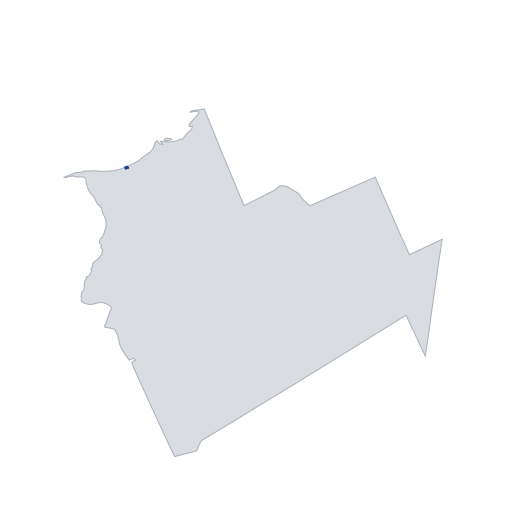 El Mina, Nouakchott, Mauritania shown in context, rotated 68°
{"feature_id": "47542326B34919448738513", "entity_name": "El Mina", "entity_type": "district", "adm_level": 2, "iso_a3": "MRT", "parent_name": "Mauritania", "parent_adm1": "Nouakchott", "projection": "orthographic", "projection_center": [-15.982, 18.027], "detail": "fine", "context": "in_parent", "style": "filled", "palette": "blue", "viewbox_px": 512, "rotation_deg": 68, "n_neighbors": 0, "source": "geoboundaries", "source_scale": "gbopen_adm2", "svg_char_len": 3604}
<svg xmlns="http://www.w3.org/2000/svg" viewBox="0 0 512 512"><g transform="rotate(68 256 256)"><path d="M227.9,433.2L227.3,433.0L224.4,431.0L222.9,428.6L220.6,426.8L217.4,425.7L215.3,424.3L214.3,422.8L213.1,421.7L211.9,421.2L211.8,420.7L212.1,419.9L211.7,418.4L209.8,415.3L208.1,413.8L206.6,414.1L205.7,413.7L205.2,413.0L205.0,412.0L204.0,411.1L202.2,410.7L200.8,408.4L199.7,404.0L198.2,400.7L196.5,398.3L195.3,397.4L194.4,397.2L194.1,396.8L193.8,396.1L192.5,395.9L190.7,396.6L189.0,396.4L188.1,395.2L187.0,395.2L185.6,396.2L184.0,395.9L182.2,394.3L181.2,392.8L181.0,391.3L178.0,388.3L172.1,383.7L165.7,381.6L158.8,382.0L154.9,381.8L154.1,381.1L153.2,381.1L152.4,382.0L151.5,382.1L150.5,381.7L149.9,382.0L149.7,383.2L147.3,383.8L142.7,383.9L138.9,384.6L136.1,386.0L132.1,386.6L126.9,386.4L123.7,385.9L122.7,385.1L121.2,384.9L119.2,385.3L117.5,387.6L116.0,391.7L114.7,394.0L113.7,394.6L112.6,397.6L112.0,402.8L111.1,405.0L111.1,392.2L112.6,387.5L113.1,383.3L116.3,374.1L120.1,366.5L123.6,356.5L124.9,346.8L124.5,337.2L123.5,328.7L121.7,323.1L120.0,315.0L117.5,310.8L113.0,307.0L112.0,304.8L113.0,304.0L115.8,303.5L117.6,300.6L113.8,301.7L118.2,292.8L119.5,286.7L119.3,282.7L120.2,280.2L116.9,274.9L114.3,268.2L113.0,267.1L111.7,266.5L111.5,268.1L110.8,269.5L109.2,268.7L106.4,263.8L102.5,255.8L101.2,255.0L100.0,256.1L99.3,257.1L97.9,263.7L97.5,261.1L98.1,258.0L99.1,254.2L100.2,248.9L103.6,248.9L109.7,248.9L121.8,248.9L127.9,248.9L140.1,248.9L146.1,248.9L158.3,248.8L164.3,248.7L176.5,248.6L182.6,248.5L194.7,248.4L200.8,248.3L204.8,248.2L204.5,244.4L204.2,241.4L203.9,237.4L203.6,233.4L203.2,229.4L202.9,225.7L202.6,221.9L202.3,218.5L202.1,215.3L201.7,213.4L200.4,209.8L200.0,208.0L200.4,206.1L201.2,204.3L203.4,201.0L206.9,198.4L210.9,195.4L214.0,193.1L215.6,192.5L220.4,191.7L224.2,189.9L227.9,188.2L229.4,187.2L229.5,184.2L227.5,115.9L245.6,115.5L250.3,115.3L283.5,114.3L288.2,114.2L312.3,113.3L312.1,110.1L311.9,105.5L311.5,99.2L311.1,92.8L310.5,81.7L310.2,77.1L315.1,80.0L324.9,85.8L329.8,88.7L339.7,94.5L349.6,100.2L359.5,106.0L364.4,108.8L369.4,111.7L374.4,114.6L379.3,117.4L389.3,123.1L393.5,125.5L399.9,129.3L405.9,132.9L412.0,136.5L403.1,137.1L391.3,137.7L383.2,138.2L374.9,138.7L367.1,139.1L368.2,145.4L369.4,152.4L370.6,159.4L371.8,166.4L373.0,173.4L376.6,194.3L377.8,201.3L379.0,208.3L380.2,215.3L381.4,222.3L383.8,236.3L385.0,243.3L386.1,250.3L387.3,257.3L388.5,264.4L389.7,271.4L392.0,285.4L393.2,292.4L394.3,299.4L395.5,306.4L396.6,313.5L397.8,320.5L398.9,327.5L400.1,334.5L402.4,348.5L403.5,355.6L404.6,362.6L405.8,369.6L406.9,376.4L410.2,379.8L414.5,384.1L413.6,390.5L412.6,398.2L411.5,406.6L400.3,407.3L389.3,407.9L361.7,409.2L356.2,409.5L328.5,410.7L323.0,410.9L312.3,411.3L309.1,411.2L307.9,410.6L307.4,406.3L306.4,406.7L305.4,408.0L304.8,409.3L305.1,411.1L304.9,412.7L301.4,413.4L296.6,414.6L291.5,415.5L286.4,415.4L284.6,415.1L282.8,414.6L278.7,414.1L276.4,414.1L273.9,414.3L270.9,414.8L270.0,415.6L267.8,418.8L265.7,422.6L264.2,422.7L262.6,420.7L258.0,416.9L252.6,412.0L250.1,409.5L248.8,409.3L246.2,411.1L244.1,412.9L241.9,415.4L240.9,417.8L240.1,420.6L239.8,423.9L239.0,427.7L237.2,430.8L235.0,433.2L233.4,434.3L232.8,434.9L227.9,433.2ZM115.8,295.0L114.0,297.8L113.3,296.7L113.0,294.9L114.5,292.3L115.3,291.0L116.6,290.5L115.8,295.0Z" fill="#d9dde1" stroke="#a8b0b8" stroke-width="1"/><path d="M126.6,341.6L126.4,341.6L126.4,341.4L126.2,341.3L126.2,341.5L125.5,341.9L125.1,342.0L124.6,342.1L124.6,344.3L126.5,344.2L126.4,343.4L126.4,343.2L126.5,342.7L126.5,342.3L126.5,342.2L126.4,342.1L126.5,341.9L126.6,341.6Z" fill="#3b82f6" stroke="#1e3a8a" stroke-width="1.5"/></g></svg>